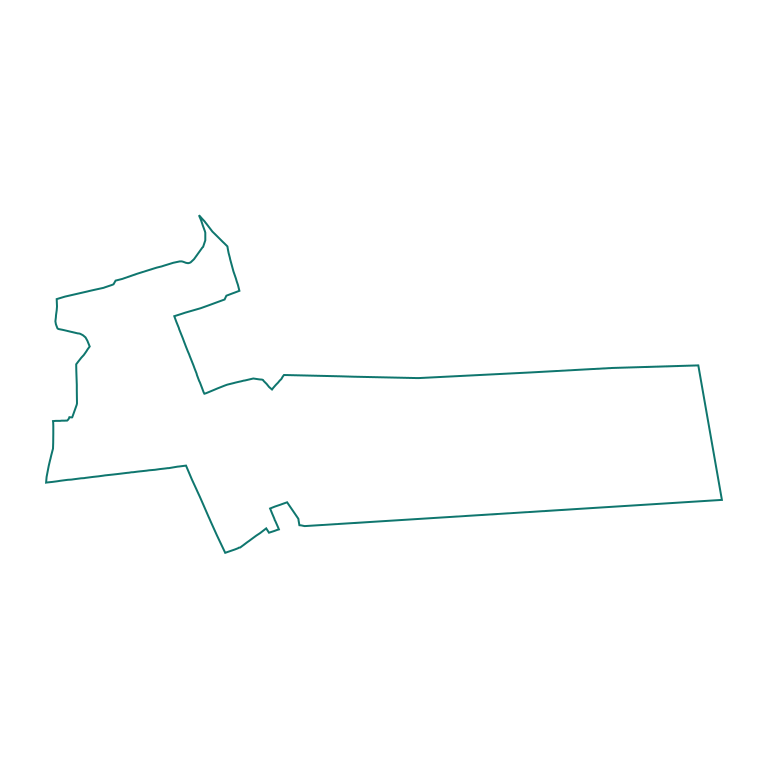 the district of As Safiyah, Amanat Al Asimah, Yemen
{"feature_id": "15242507B54206098311522", "entity_name": "As Safiyah", "entity_type": "district", "adm_level": 2, "iso_a3": "YEM", "parent_name": "Yemen", "parent_adm1": "Amanat Al Asimah", "projection": "orthographic", "projection_center": [44.221, 15.343], "detail": "fine", "context": "isolated", "style": "outline", "palette": "teal", "viewbox_px": 768, "rotation_deg": 0, "n_neighbors": 0, "source": "geoboundaries", "source_scale": "gbopen_adm2", "svg_char_len": 3242}
<svg xmlns="http://www.w3.org/2000/svg" viewBox="0 0 768 768"><path d="M56.7,299.1L57.0,306.5L56.7,310.3L56.0,315.3L55.9,317.1L55.4,321.3L55.9,324.2L56.7,326.4L57.5,328.4L58.4,329.0L62.5,329.8L77.8,333.4L79.1,333.5L80.2,333.8L82.9,335.2L85.5,337.4L87.4,340.8L88.2,342.8L89.7,346.5L87.5,349.5L86.4,351.3L83.8,355.0L81.3,357.7L78.4,361.4L76.2,364.3L76.3,370.6L76.7,382.2L76.8,384.8L76.8,390.6L77.0,403.4L76.7,404.8L72.7,416.0L72.2,417.3L71.3,417.4L70.4,417.3L69.4,417.2L68.9,418.5L68.1,419.7L67.1,420.6L61.4,420.7L59.8,420.9L55.4,420.9L53.0,421.1L53.2,422.7L53.3,426.0L53.3,427.0L53.3,428.5L53.3,433.2L53.2,442.7L53.0,448.6L51.2,455.5L50.4,459.0L50.1,460.0L48.7,466.0L46.6,476.9L46.1,482.6L46.8,482.5L52.5,481.9L56.3,481.4L58.4,481.1L59.5,480.9L61.7,480.6L67.9,479.8L71.4,479.6L73.5,479.3L81.1,478.3L82.9,478.2L84.3,478.1L85.3,477.9L93.1,476.9L98.7,476.3L99.4,476.2L103.7,475.6L104.9,475.4L112.5,474.6L117.8,474.0L127.6,472.8L129.0,472.7L131.3,472.3L133.3,472.2L137.0,471.7L139.6,471.4L141.6,471.2L146.3,470.7L149.0,470.3L154.9,469.8L159.7,469.1L165.1,468.5L168.1,468.1L169.0,468.1L177.8,466.6L179.1,466.5L186.0,465.6L191.9,479.5L196.6,489.7L196.9,490.4L198.6,494.1L199.9,496.9L203.1,504.2L208.8,517.3L209.2,518.1L210.8,521.8L216.9,535.3L225.2,552.8L234.8,549.5L238.1,548.2L238.8,547.7L240.2,547.5L247.4,542.1L249.0,541.0L251.0,539.5L256.3,535.6L260.1,533.1L266.2,528.4L269.0,532.7L273.3,531.3L274.8,530.8L276.9,530.0L278.9,529.4L278.2,527.6L275.3,521.0L274.8,520.2L274.3,518.6L272.2,513.7L270.1,508.5L274.8,506.6L280.7,504.6L282.3,504.0L287.1,502.3L297.9,518.1L298.4,518.9L298.5,519.7L298.6,520.6L299.4,525.2L301.3,525.4L304.6,526.1L721.9,499.9L698.3,365.4L611.3,368.0L531.5,372.4L418.3,378.1L353.5,376.7L339.9,376.3L284.0,375.0L282.8,376.5L281.3,379.1L279.8,380.5L278.0,382.7L276.3,384.4L275.3,385.5L273.3,387.8L272.0,389.5L269.1,387.0L266.6,383.9L263.7,381.0L263.0,380.0L262.0,379.6L259.4,379.4L253.3,378.5L244.8,380.5L243.8,380.6L240.8,381.4L239.7,381.6L235.0,382.7L234.0,383.0L229.1,384.2L227.1,384.7L224.9,385.5L217.3,388.5L214.5,389.7L206.1,393.2L204.4,393.7L203.6,392.2L202.0,387.9L200.4,383.7L199.9,382.4L199.1,380.8L196.9,374.9L196.6,373.6L194.6,368.5L193.4,365.2L189.6,355.7L189.2,354.5L187.8,351.3L185.9,346.5L184.6,343.1L184.1,341.8L183.4,339.9L182.7,338.0L181.0,333.8L179.1,329.0L178.9,328.1L176.3,321.7L174.3,316.2L181.8,313.8L185.1,312.7L190.3,311.2L200.7,308.2L209.6,305.0L217.2,302.2L223.2,300.0L224.6,299.5L225.7,297.1L226.4,295.7L233.0,293.2L234.4,292.7L239.4,290.8L238.3,286.4L237.9,284.8L236.7,281.3L235.9,278.5L234.0,273.0L233.5,271.6L230.3,259.8L230.1,259.0L229.8,257.5L228.6,253.0L227.9,249.4L227.4,246.4L224.3,243.3L222.8,241.9L218.9,238.0L217.2,236.3L212.4,231.6L206.3,223.6L205.3,222.4L204.7,221.5L201.8,218.4L199.0,215.2L199.5,216.6L200.4,218.6L201.5,221.5L202.2,223.6L202.7,225.2L204.9,231.2L205.3,232.7L205.3,240.3L203.1,246.9L202.4,247.5L194.0,259.2L190.7,262.3L189.7,262.8L188.1,263.2L185.9,262.8L183.3,261.8L181.8,261.4L181.1,261.4L179.8,261.4L173.2,262.8L168.7,264.2L163.8,265.7L161.7,266.4L156.8,267.6L152.6,268.9L137.0,273.8L122.0,279.0L115.6,280.6L113.5,284.3L111.8,285.0L104.4,287.5L103.7,287.8L95.0,289.7L88.8,291.1L88.1,291.3L65.0,296.6L56.7,299.1Z" fill="none" stroke="#0f766e" stroke-width="2"/></svg>